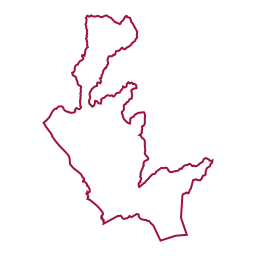 Barranca, Lima, Peru (Robinson projection)
{"feature_id": "86281439B29685222960103", "entity_name": "Barranca", "entity_type": "district", "adm_level": 2, "iso_a3": "PER", "parent_name": "Peru", "parent_adm1": "Lima", "projection": "robinson", "projection_center": [-77.671, -10.626], "detail": "fine", "context": "isolated", "style": "outline", "palette": "rose", "viewbox_px": 256, "rotation_deg": 0, "n_neighbors": 0, "source": "geoboundaries", "source_scale": "gbopen_adm2", "svg_char_len": 5735}
<svg xmlns="http://www.w3.org/2000/svg" viewBox="0 0 256 256"><path d="M104.5,15.9L102.6,17.0L102.1,17.1L100.0,16.8L98.4,16.0L97.4,15.9L95.5,16.6L94.0,16.4L93.0,16.5L91.0,15.4L90.1,16.4L89.1,16.7L88.0,16.0L87.1,15.8L86.5,17.1L85.8,18.1L86.5,19.1L86.6,20.0L86.2,22.8L85.5,24.4L86.3,26.5L86.2,28.3L87.3,30.4L86.7,32.0L87.2,33.7L87.2,34.6L86.8,34.9L86.5,35.8L86.9,37.1L86.0,38.7L86.9,40.4L86.8,41.6L87.3,42.7L87.1,45.7L87.9,47.1L86.3,48.3L85.4,50.0L84.6,55.7L82.9,55.0L82.1,55.2L82.0,56.2L83.2,57.8L83.4,58.5L83.1,59.1L82.3,60.0L79.9,61.1L78.5,63.0L77.9,64.5L76.6,64.8L75.7,65.6L74.7,67.4L74.9,69.5L74.3,71.2L73.5,72.3L72.2,72.6L72.0,73.1L72.5,73.7L72.9,75.3L74.4,76.0L76.1,77.4L76.3,79.2L77.3,81.2L77.8,84.1L78.5,85.2L80.6,86.0L81.2,87.2L80.7,88.5L80.9,91.8L80.3,93.4L80.8,95.4L80.4,97.0L80.6,98.5L80.2,99.2L80.4,100.4L80.0,100.9L80.0,101.3L80.4,106.1L81.1,106.8L80.9,107.8L79.5,109.2L78.2,108.9L76.5,108.0L74.9,109.9L75.3,111.2L74.6,112.3L71.8,112.9L69.0,112.3L68.7,111.9L67.4,111.8L65.7,111.1L63.9,109.6L63.3,107.9L62.4,106.7L61.3,106.3L58.8,106.5L57.4,107.5L56.4,108.9L55.2,108.7L54.1,109.5L52.3,111.8L49.5,117.0L45.7,121.2L44.9,121.5L43.6,122.7L45.0,124.8L45.4,125.9L50.8,133.1L52.2,135.7L52.1,136.3L55.7,141.3L59.4,145.7L67.0,153.6L68.9,156.1L69.5,158.0L70.1,164.2L70.4,164.7L71.3,165.5L72.1,166.7L74.0,168.6L77.7,171.4L80.7,174.0L81.8,175.5L82.1,176.6L83.8,178.3L84.2,179.5L84.0,179.9L83.3,180.4L83.2,180.8L83.0,181.0L83.0,181.6L84.0,181.5L84.7,181.8L86.6,183.6L87.0,184.4L86.9,185.2L87.5,185.5L87.5,186.1L88.2,186.4L89.3,188.4L89.8,190.0L89.8,191.0L89.4,192.1L88.8,192.4L87.7,191.9L87.9,192.5L86.4,193.4L86.7,194.1L87.6,194.1L87.9,195.9L88.4,196.5L87.8,197.2L87.8,198.5L87.6,198.9L88.2,198.9L89.1,199.7L89.4,199.6L90.2,200.1L96.7,205.5L100.2,209.2L102.1,211.7L102.8,212.8L103.0,214.3L102.5,215.0L101.5,215.7L101.4,217.0L102.0,217.0L102.1,217.7L101.3,218.0L101.8,219.0L102.4,219.3L102.5,219.6L103.0,220.0L103.4,219.7L103.8,220.4L103.3,221.4L103.7,221.7L103.8,222.3L103.6,223.7L117.8,216.0L120.9,215.8L122.9,218.6L123.9,218.9L127.3,218.1L128.7,217.2L129.0,216.5L129.6,216.0L131.0,217.1L131.6,217.1L136.6,214.1L137.8,214.1L138.4,214.4L138.7,214.8L138.6,215.9L139.1,217.2L141.0,219.0L142.9,219.7L146.1,220.0L147.1,220.9L148.9,220.9L150.7,223.1L153.1,225.3L153.7,226.2L160.5,240.6L175.8,235.7L186.8,234.8L181.0,217.8L182.4,195.7L183.0,194.3L183.8,193.8L185.0,193.6L186.0,192.6L186.8,192.6L187.5,193.2L188.6,193.1L189.2,191.9L189.7,190.2L191.0,188.2L193.1,180.1L193.5,179.9L194.8,179.9L195.9,179.2L197.9,180.3L199.3,180.0L199.8,180.3L200.4,180.2L201.7,178.4L203.0,175.7L204.7,175.3L205.5,174.6L205.7,174.0L205.5,172.6L206.5,168.9L207.2,167.9L209.8,166.3L210.7,163.9L212.1,162.8L212.4,160.5L211.5,161.0L209.9,160.7L209.1,159.7L205.8,158.0L204.0,158.9L203.6,159.4L202.7,161.7L199.4,163.8L198.5,164.9L196.2,166.2L195.3,166.3L193.9,165.6L193.1,166.1L192.3,166.0L191.8,165.7L191.5,165.0L189.5,163.9L188.6,164.1L187.7,164.9L185.5,165.2L184.1,165.8L182.4,167.5L181.8,168.8L179.9,168.6L178.8,170.2L178.2,170.6L175.3,171.1L171.6,172.1L170.4,172.1L169.5,171.6L168.3,170.2L167.4,168.4L166.6,167.9L164.8,167.7L163.5,168.2L161.8,167.9L161.1,168.0L155.9,172.0L155.7,172.9L154.9,173.9L153.0,174.1L151.7,174.9L148.1,179.0L146.0,181.0L144.9,182.7L144.1,183.0L139.3,187.0L138.9,186.6L139.0,185.8L138.6,185.0L138.7,183.7L139.0,182.9L140.4,182.1L140.1,181.4L141.2,178.8L141.1,177.7L140.5,177.3L140.1,176.4L140.8,174.8L140.5,173.5L141.9,169.2L142.6,168.5L143.1,166.4L143.8,165.7L143.4,163.5L144.3,161.4L148.0,159.5L148.4,158.6L147.2,156.5L145.9,155.4L145.2,154.4L144.7,153.0L145.3,150.1L144.8,146.3L144.8,141.3L144.4,140.0L143.8,139.1L141.9,137.8L140.7,135.5L139.5,135.1L141.3,133.7L142.0,132.6L141.6,131.1L142.2,129.7L142.1,126.3L143.7,125.6L144.8,123.7L144.8,117.8L145.1,115.7L144.8,114.0L144.0,112.3L141.4,112.3L140.7,112.7L137.7,112.9L136.9,113.7L134.8,114.7L133.8,116.6L133.2,116.7L130.6,118.3L130.2,119.1L130.4,120.0L130.1,121.7L130.1,123.5L128.9,123.4L127.2,122.4L124.1,119.4L122.7,116.2L122.8,115.2L122.0,113.9L121.8,112.0L123.7,110.1L123.9,109.0L123.8,105.5L124.1,104.7L125.0,104.4L126.3,103.6L126.5,102.4L128.3,101.6L129.6,99.2L131.7,98.5L131.8,97.1L132.1,96.6L132.3,95.5L131.7,93.4L131.8,92.4L131.2,90.5L132.5,89.2L135.2,88.3L136.1,88.4L136.6,87.9L136.0,84.9L134.4,83.9L132.9,84.0L132.3,83.0L131.8,82.6L129.9,83.5L129.2,83.0L128.9,82.3L128.4,82.2L126.7,84.0L126.7,85.9L125.7,87.3L125.0,87.4L123.1,86.5L122.7,88.3L121.9,89.5L121.0,90.3L119.8,92.5L119.1,92.8L117.5,92.8L116.4,93.3L114.0,96.4L113.7,96.5L112.8,96.3L112.0,95.3L109.7,95.8L108.0,95.2L106.0,96.0L104.6,97.6L103.6,97.8L101.4,98.9L101.2,99.6L101.4,100.8L100.8,103.6L99.0,103.4L98.0,102.8L97.3,101.5L96.0,100.9L95.1,100.9L94.8,101.9L95.0,102.7L94.4,104.7L93.8,105.8L92.5,106.7L92.1,106.6L92.0,105.9L90.8,105.1L89.5,103.8L89.2,102.9L89.0,100.4L90.1,98.5L90.1,97.1L89.5,93.9L90.1,92.1L91.8,89.1L94.8,86.5L96.2,86.2L97.0,85.8L97.1,83.8L97.4,82.6L98.8,82.6L100.2,83.3L100.6,82.9L101.0,81.6L100.5,79.0L100.0,78.4L101.0,78.1L101.7,77.4L101.3,75.9L102.6,73.9L102.9,72.2L103.6,69.9L104.7,69.1L104.8,68.2L106.1,67.9L107.0,65.5L107.9,64.4L108.1,63.7L108.1,62.6L107.6,61.0L107.5,59.6L108.4,57.1L109.3,56.2L111.6,56.3L112.7,55.8L113.0,55.1L113.6,54.7L114.8,54.8L115.1,54.6L116.0,51.3L117.9,50.7L118.7,50.9L119.3,50.6L121.8,47.8L122.4,47.7L123.2,48.7L124.6,49.3L125.3,49.1L126.5,47.7L128.9,46.6L131.5,44.3L131.9,43.2L134.8,41.1L135.3,40.5L135.7,39.0L136.6,38.4L137.2,37.3L136.8,35.2L137.2,32.2L136.8,31.0L132.8,23.7L131.3,21.9L130.2,18.0L129.9,17.7L127.2,17.2L126.9,16.1L126.2,15.9L124.7,17.3L124.4,18.4L123.7,18.9L123.4,19.9L121.2,22.0L120.5,23.7L119.8,24.2L118.8,23.4L117.3,23.2L116.2,22.4L114.8,22.0L111.0,17.8L109.2,17.2L106.5,15.4L104.5,15.9Z" fill="none" stroke="#9f1239" stroke-width="2"/></svg>